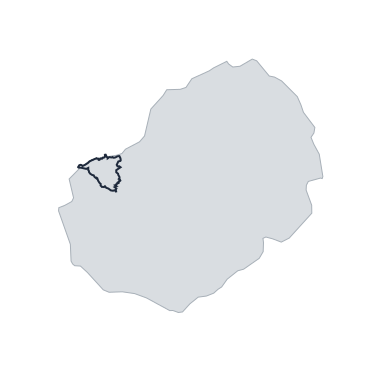 Gevgelija, Gevgelija, North Macedonia (highlighted), rotated 157°
{"feature_id": "65306769B17532316382540", "entity_name": "Gevgelija", "entity_type": "district", "adm_level": 2, "iso_a3": "MKD", "parent_name": "North Macedonia", "parent_adm1": "Gevgelija", "projection": "equal_earth", "projection_center": [22.386, 41.253], "detail": "medium", "context": "in_parent", "style": "outline", "palette": "slate", "viewbox_px": 384, "rotation_deg": 157, "n_neighbors": 0, "source": "geoboundaries", "source_scale": "gbopen_adm2", "svg_char_len": 2955}
<svg xmlns="http://www.w3.org/2000/svg" viewBox="0 0 384 384"><g transform="rotate(157 192 192)"><path d="M174.7,100.8L180.7,101.6L193.7,98.0L201.8,93.0L206.0,92.3L211.5,90.4L219.4,90.6L227.4,92.8L237.6,89.9L247.6,85.3L251.6,86.4L255.9,90.4L258.8,91.5L275.4,112.4L284.5,120.9L295.2,127.4L307.5,132.1L311.9,136.6L319.8,159.0L323.6,167.4L328.8,170.0L330.0,172.4L330.3,175.7L324.4,191.4L322.2,226.8L320.7,229.6L314.6,229.4L306.4,230.2L303.3,232.9L300.0,252.0L286.9,257.4L275.0,260.5L264.9,259.8L247.2,255.3L241.5,254.8L236.5,257.4L220.7,258.7L213.8,262.1L197.5,284.4L180.9,292.1L175.3,296.0L162.7,291.1L156.7,290.6L147.9,296.3L128.8,296.8L123.6,297.8L108.9,298.7L108.3,295.6L105.6,291.1L98.7,289.0L84.6,290.8L81.2,287.5L75.6,268.6L71.1,265.5L66.1,259.2L57.8,238.6L57.7,229.6L58.3,221.8L53.7,203.4L56.7,198.7L61.1,195.8L61.2,188.4L60.1,177.1L65.5,155.1L66.9,153.5L68.2,154.6L80.8,156.3L84.1,153.5L86.2,149.2L87.0,133.1L90.0,125.7L120.5,111.6L129.4,111.0L136.2,117.5L141.6,121.7L144.8,121.6L146.0,117.4L149.8,109.3L156.0,104.7L174.5,100.8L174.7,100.8Z" fill="#d9dde1" stroke="#a8b0b8" stroke-width="1"/><path d="M253.2,233.3L252.9,234.4L253.2,236.4L252.9,237.7L254.0,239.7L253.2,241.7L248.1,242.7L248.9,244.1L250.5,244.7L250.7,246.4L247.9,248.9L245.8,248.6L245.2,249.1L244.7,251.0L244.8,253.4L245.1,253.5L245.6,253.7L246.3,253.9L247.5,254.0L248.2,253.8L249.4,253.8L250.6,254.1L251.1,254.4L251.2,254.8L251.4,255.2L251.8,255.2L252.4,255.2L252.7,255.3L253.5,255.8L254.2,256.3L254.8,256.4L255.3,256.4L255.6,256.2L256.0,256.0L256.5,255.9L256.3,256.4L256.2,256.9L256.3,257.0L256.5,257.2L257.0,258.0L256.9,258.5L256.8,258.8L256.8,259.4L256.9,260.1L257.5,260.3L257.7,260.2L257.7,259.9L258.2,258.8L259.1,258.2L259.3,258.1L259.6,258.1L260.1,258.2L260.7,258.5L260.9,258.5L261.2,258.2L261.4,257.9L261.6,257.8L262.0,257.8L262.7,258.3L263.1,258.5L263.9,258.2L264.1,258.0L264.4,257.8L265.1,257.8L265.3,258.0L265.2,258.2L265.1,258.4L265.0,258.9L265.1,259.1L265.5,259.3L265.8,259.4L266.4,259.8L266.4,260.1L266.6,260.4L267.1,260.4L268.9,260.4L269.9,260.4L270.3,260.4L270.6,260.3L271.0,260.2L271.6,260.5L272.1,260.4L272.6,260.3L273.6,260.2L273.7,260.3L274.5,260.2L275.4,259.8L276.4,259.4L279.8,258.8L282.4,258.7L282.5,259.0L283.2,259.9L283.7,260.4L283.9,260.5L285.2,260.7L285.4,260.6L287.1,259.4L286.9,258.8L284.9,257.9L280.3,254.6L278.1,254.7L278.9,252.8L278.7,251.8L279.0,250.4L278.5,248.5L277.1,246.5L276.0,245.8L275.8,243.9L274.6,241.7L274.1,242.2L273.8,241.7L274.0,239.2L273.6,236.6L272.9,235.1L273.6,233.7L272.9,231.8L272.1,231.6L271.1,230.9L269.9,231.3L269.3,229.4L267.6,227.8L266.1,225.2L264.2,224.0L262.7,223.9L262.1,223.3L262.0,222.3L261.6,222.2L261.5,222.6L261.6,223.6L260.2,224.8L261.3,226.7L260.5,226.7L260.2,227.3L259.4,227.1L260.1,228.3L259.1,228.2L258.8,228.7L258.0,228.7L257.2,229.5L256.2,228.9L256.0,229.0L256.3,229.4L256.1,229.9L254.7,230.6L254.1,230.3L253.5,230.5L253.5,231.6L254.3,232.6L253.2,233.3Z" fill="none" stroke="#1e293b" stroke-width="2"/></g></svg>